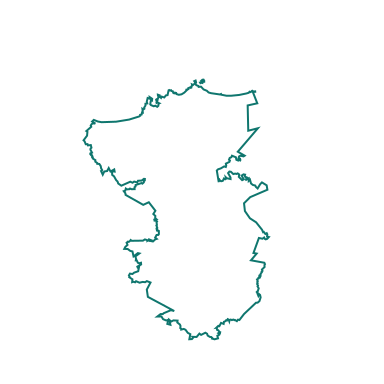 Zihuatanejo de Azueta, Guerrero, Mexico, rotated 130°
{"feature_id": "50627088B68116165686784", "entity_name": "Zihuatanejo de Azueta", "entity_type": "district", "adm_level": 2, "iso_a3": "MEX", "parent_name": "Mexico", "parent_adm1": "Guerrero", "projection": "albers", "projection_center": [-101.453, 17.808], "detail": "fine", "context": "isolated", "style": "outline", "palette": "teal", "viewbox_px": 384, "rotation_deg": 130, "n_neighbors": 0, "source": "geoboundaries", "source_scale": "gbopen_adm2", "svg_char_len": 6056}
<svg xmlns="http://www.w3.org/2000/svg" viewBox="0 0 384 384"><g transform="rotate(130 192 192)"><path d="M309.7,138.5L307.0,135.4L308.0,132.4L307.0,129.2L305.2,128.0L308.9,126.1L307.6,123.2L304.6,127.1L304.5,124.6L302.3,123.7L299.8,120.4L301.4,119.4L301.3,116.1L302.0,114.7L303.8,113.5L303.7,112.3L304.3,111.8L302.2,110.3L301.7,108.4L302.6,104.7L302.0,101.9L306.5,99.4L304.7,97.5L302.9,97.5L302.6,98.5L300.1,95.3L295.7,95.3L295.6,93.2L291.2,91.3L290.9,89.3L291.9,87.7L291.5,85.1L290.7,84.0L290.8,82.6L291.4,82.4L290.3,80.0L287.4,78.0L285.8,80.2L283.9,79.4L283.1,80.1L283.2,81.1L282.5,80.9L282.2,79.8L281.3,80.3L281.6,80.9L281.0,83.0L281.5,84.1L280.6,85.4L279.6,85.6L280.2,86.1L277.6,85.8L277.2,84.8L273.6,85.6L272.7,83.0L270.9,84.1L269.3,83.3L268.2,83.4L267.9,82.6L266.4,82.9L266.2,81.9L267.1,80.3L265.9,80.9L264.8,80.3L264.5,79.1L263.2,78.4L262.9,77.1L262.4,76.9L262.1,74.6L260.2,74.7L259.6,73.4L252.0,73.7L235.7,71.8L234.6,70.6L232.2,70.2L228.6,71.7L227.1,73.7L227.1,74.9L228.9,74.4L227.6,76.8L226.2,77.6L227.1,77.6L227.0,78.1L225.4,78.0L222.9,79.0L222.2,81.1L221.2,81.3L220.6,83.0L219.7,83.0L219.0,84.2L218.0,84.3L217.2,86.0L215.7,85.5L215.2,85.9L214.1,85.0L213.4,85.2L213.8,85.8L213.2,86.5L212.4,86.7L211.9,85.8L210.4,86.9L208.6,86.9L208.2,87.5L207.1,87.3L206.4,88.6L202.8,88.2L201.3,89.6L200.4,89.7L199.7,91.1L206.4,102.9L197.6,102.9L199.2,105.7L184.2,111.2L182.5,108.0L180.5,107.5L181.1,106.2L180.9,105.1L179.6,104.3L177.1,104.2L177.9,105.9L176.0,107.1L175.5,108.3L177.0,108.8L176.4,111.4L177.1,111.7L175.9,114.1L174.0,123.4L174.9,130.7L172.6,139.2L167.2,144.9L158.5,144.1L141.8,135.7L138.9,139.1L139.7,144.6L142.2,144.8L147.1,144.0L147.0,146.4L146.4,147.7L147.5,150.0L147.5,152.3L145.3,155.5L147.0,155.7L145.1,157.3L148.8,158.7L145.4,157.9L145.6,159.7L146.5,160.3L145.6,162.1L144.6,162.5L145.4,163.9L147.5,164.5L149.1,160.5L150.7,161.2L150.3,165.9L148.3,167.0L148.2,168.2L148.5,169.1L149.4,169.3L150.2,170.8L151.7,171.9L151.5,175.2L152.3,176.5L154.3,176.5L156.1,171.9L157.3,170.8L159.1,174.2L159.0,175.6L159.9,174.4L161.0,174.8L161.1,176.2L163.7,175.6L165.0,176.6L165.3,177.7L164.7,179.5L165.2,179.8L167.3,177.8L159.6,186.8L157.8,186.6L155.6,185.2L151.7,183.8L151.1,182.2L149.7,182.8L148.5,184.3L144.9,182.7L143.5,183.2L143.5,184.4L141.7,185.0L140.0,184.2L138.5,184.7L137.2,180.7L138.8,178.7L138.2,176.8L137.1,176.8L136.9,175.4L136.4,175.5L135.6,176.6L136.3,178.0L134.5,178.8L133.1,178.3L131.6,175.4L130.3,175.0L131.7,182.8L100.8,182.5L108.9,188.3L89.9,205.0L82.1,199.0L76.0,210.2L75.1,208.5L74.6,208.0L74.3,208.3L75.5,209.5L75.7,210.9L77.8,211.3L78.2,212.4L79.5,212.3L81.6,213.7L87.4,218.3L93.1,223.9L96.1,227.5L98.7,232.2L98.3,232.8L99.4,233.4L104.1,241.0L105.1,243.3L104.9,245.7L106.0,249.1L105.5,252.8L107.2,254.5L106.7,255.3L107.4,257.4L107.0,258.9L105.4,259.3L104.3,260.9L105.6,261.5L105.9,260.1L107.4,259.6L109.3,260.0L109.6,261.1L110.2,260.2L111.1,260.4L112.5,259.6L113.0,260.0L112.6,260.5L114.9,261.6L115.6,260.9L117.1,262.0L117.7,260.7L117.5,262.1L117.9,261.5L120.9,261.8L123.9,262.8L126.0,264.6L126.9,266.7L126.3,267.8L126.8,268.8L127.4,268.5L127.9,269.1L128.1,270.1L127.2,271.4L127.8,272.6L127.5,273.5L128.4,274.1L128.5,275.0L129.1,275.3L133.5,273.0L134.8,274.1L137.4,274.0L138.4,276.5L139.8,276.2L139.6,277.8L138.7,278.8L139.4,280.7L140.2,279.9L140.2,278.1L141.5,278.5L143.2,277.8L143.7,278.8L144.4,278.8L144.8,278.1L144.3,277.2L145.6,276.5L146.2,276.8L146.5,276.4L145.6,276.0L145.1,274.1L145.7,274.4L147.7,273.2L149.1,273.4L149.5,275.6L150.9,276.4L151.8,279.3L151.7,280.3L148.8,282.1L148.0,282.2L147.7,281.4L146.2,282.4L146.5,285.5L147.7,284.3L148.5,286.4L151.9,284.7L152.9,283.2L154.3,284.4L155.7,283.2L158.1,282.9L158.8,282.0L160.1,282.3L160.2,283.4L162.8,280.7L163.2,281.4L165.0,280.4L166.2,281.3L166.8,280.7L168.2,281.1L176.9,286.7L186.9,295.3L196.6,306.1L198.5,309.4L199.9,313.6L202.2,313.8L201.8,310.8L202.2,310.7L203.3,312.1L204.5,312.5L206.2,312.3L206.8,311.1L213.2,312.1L213.1,310.8L216.3,308.6L222.1,308.3L222.2,306.9L223.7,304.1L222.5,302.8L223.2,301.7L221.1,299.7L222.7,297.5L224.0,297.6L224.9,297.0L226.1,293.9L227.7,294.7L228.3,294.4L228.5,293.6L227.9,293.6L227.9,293.1L228.5,291.5L229.4,291.2L229.7,290.6L229.3,290.2L230.1,289.2L229.7,286.5L230.9,285.6L230.7,283.2L231.3,282.7L230.1,281.0L230.8,278.6L232.3,276.8L232.9,275.0L233.7,274.7L234.4,275.1L236.1,271.5L232.7,272.4L230.5,270.5L227.2,271.2L228.7,267.6L224.7,266.1L226.1,264.4L227.6,266.6L230.2,264.1L230.1,261.8L231.7,257.6L231.8,255.8L232.9,254.0L232.6,250.2L223.8,245.9L223.1,243.5L221.2,243.0L219.8,240.1L218.1,240.6L215.6,237.9L212.8,237.3L212.3,236.5L213.5,235.6L214.3,236.0L215.6,235.1L217.5,235.4L217.6,236.4L222.9,239.7L224.1,238.8L225.3,239.1L226.7,237.8L228.7,240.1L229.2,241.7L230.0,241.7L231.8,243.5L231.9,244.9L233.9,244.0L235.2,244.8L235.8,242.2L236.9,241.0L233.2,221.1L227.6,218.5L229.9,208.0L233.7,207.5L233.9,204.7L235.6,203.5L235.7,201.7L237.4,203.1L238.0,202.3L236.8,201.0L237.1,199.8L237.8,199.9L239.8,197.7L240.5,197.8L241.6,195.8L242.5,195.8L242.7,194.8L243.3,195.0L244.1,194.0L243.2,192.3L245.6,190.3L246.5,190.2L247.7,191.5L250.6,190.9L250.6,188.9L251.8,189.7L255.0,190.1L256.3,192.5L255.2,192.3L255.9,194.4L257.0,193.8L257.2,194.5L258.1,194.8L257.6,195.2L258.6,197.6L260.8,198.3L268.2,206.9L268.2,208.1L269.4,208.0L270.9,208.4L271.2,209.2L273.7,209.6L273.0,209.1L274.0,207.4L277.0,207.8L279.1,207.3L277.0,204.6L276.8,201.4L275.8,199.4L278.9,195.4L273.6,194.2L272.9,192.8L277.8,194.0L279.1,191.9L280.5,191.1L279.9,190.4L281.0,188.0L280.6,186.7L279.0,185.6L280.2,184.4L284.3,185.9L284.8,185.0L283.8,184.2L287.3,182.3L291.0,184.5L293.1,184.9L294.4,187.1L296.5,186.7L296.9,185.5L297.6,185.3L297.2,181.5L299.5,179.9L298.5,179.3L297.7,177.5L296.3,177.5L295.2,173.9L292.6,172.0L291.2,169.9L289.3,169.3L288.0,165.6L295.8,163.9L300.7,158.4L294.6,129.1L296.1,132.2L303.1,135.8L304.3,135.9L305.7,137.6L309.7,138.5ZM100.9,254.6L99.7,253.5L99.1,254.0L99.3,254.6L98.7,254.8L98.5,255.4L99.3,256.2L100.9,256.4L100.8,255.4L101.5,254.8L103.0,256.1L103.2,255.5L102.2,255.0L101.8,254.1L100.9,254.6Z" fill="none" stroke="#0f766e" stroke-width="2"/></g></svg>